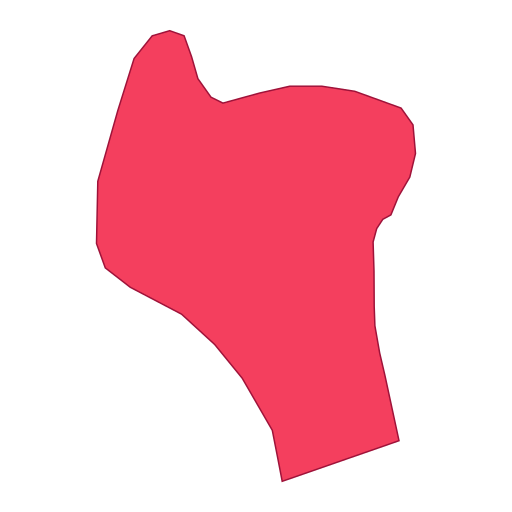 Madeinat Al Gedaref, Gedarif, Sudan
{"feature_id": "16777658B2948733564305", "entity_name": "Madeinat Al Gedaref", "entity_type": "district", "adm_level": 2, "iso_a3": "SDN", "parent_name": "Sudan", "parent_adm1": "Gedarif", "projection": "equal_earth", "projection_center": [35.386, 14.026], "detail": "fine", "context": "isolated", "style": "filled", "palette": "rose", "viewbox_px": 512, "rotation_deg": 0, "n_neighbors": 0, "source": "geoboundaries", "source_scale": "gbopen_adm2", "svg_char_len": 611}
<svg xmlns="http://www.w3.org/2000/svg" viewBox="0 0 512 512"><path d="M399.0,440.7L385.0,375.8L379.7,353.1L374.9,325.8L374.2,306.3L374.0,271.2L373.1,242.0L376.7,228.6L382.8,219.3L390.9,214.9L398.3,196.8L409.8,177.1L415.5,153.5L413.0,124.9L401.1,108.1L354.8,91.3L321.7,86.2L289.8,86.2L259.8,93.0L222.9,103.1L211.0,97.2L197.9,78.7L191.6,56.8L184.1,35.8L169.7,30.7L152.2,35.8L134.1,58.5L117.8,110.6L97.8,181.3L96.5,243.5L105.3,267.9L130.3,287.3L181.6,314.2L214.7,344.5L242.2,378.2L264.4,416.6L272.3,430.3L277.9,458.9L282.2,481.3L390.4,443.7L399.0,440.7Z" fill="#f43f5e" stroke="#9f1239" stroke-width="1.5"/></svg>